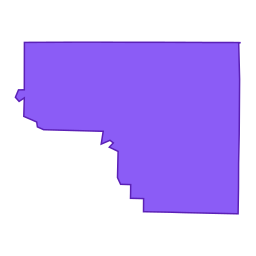 outline of Carroll, Arkansas, United States of America
{"feature_id": "52423323B66141902431391", "entity_name": "Carroll", "entity_type": "district", "adm_level": 2, "iso_a3": "USA", "parent_name": "United States of America", "parent_adm1": "Arkansas", "projection": "robinson", "projection_center": [-93.593, 36.31], "detail": "fine", "context": "isolated", "style": "filled", "palette": "violet", "viewbox_px": 256, "rotation_deg": 0, "n_neighbors": 0, "source": "geoboundaries", "source_scale": "gbopen_adm2", "svg_char_len": 646}
<svg xmlns="http://www.w3.org/2000/svg" viewBox="0 0 256 256"><path d="M130.9,42.3L95.1,42.2L87.2,42.2L83.5,42.2L80.2,42.2L76.9,42.2L76.7,42.2L24.4,42.4L24.3,89.8L18.5,89.9L15.4,97.3L19.1,101.4L24.3,97.9L23.8,116.4L36.7,122.0L37.4,126.9L43.6,129.7L103.2,131.3L101.2,144.1L110.0,140.3L113.3,142.9L109.3,147.2L118.1,151.4L117.5,177.6L120.6,184.3L130.7,184.6L130.6,193.5L130.5,198.3L143.6,198.6L143.5,211.7L170.5,212.2L183.8,212.6L238.1,213.8L238.5,187.8L238.6,163.4L239.2,134.3L239.6,79.4L238.7,43.2L240.6,42.6L232.4,42.5L202.4,42.5L201.9,42.4L190.3,42.4L159.9,42.3L157.3,42.3L130.9,42.3Z" fill="#8b5cf6" stroke="#5b21b6" stroke-width="1.5"/></svg>